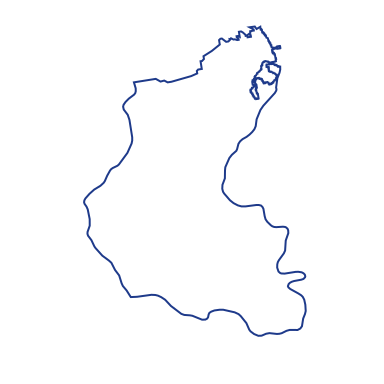 outline of Pepillo Salcedo, Monte Cristi, Dominican Republic, rotated 81°
{"feature_id": "3306468B50273300961313", "entity_name": "Pepillo Salcedo", "entity_type": "district", "adm_level": 2, "iso_a3": "DOM", "parent_name": "Dominican Republic", "parent_adm1": "Monte Cristi", "projection": "equal_earth", "projection_center": [-71.693, 19.654], "detail": "fine", "context": "isolated", "style": "outline", "palette": "blue", "viewbox_px": 384, "rotation_deg": 81, "n_neighbors": 0, "source": "geoboundaries", "source_scale": "gbopen_adm2", "svg_char_len": 5687}
<svg xmlns="http://www.w3.org/2000/svg" viewBox="0 0 384 384"><g transform="rotate(81 192 192)"><path d="M286.2,268.9L286.9,262.7L287.2,248.1L288.0,244.3L289.0,241.9L291.0,238.9L294.2,235.4L301.3,230.6L310.7,221.6L312.2,218.9L313.5,213.3L314.3,211.0L319.7,202.0L320.1,198.7L319.4,196.8L318.2,195.7L315.5,194.7L314.1,193.7L313.2,191.8L312.5,188.4L312.6,183.3L313.2,179.5L317.5,168.7L319.9,165.1L322.3,163.2L330.0,158.8L336.9,157.0L338.8,156.0L342.0,152.9L344.4,149.0L344.8,145.7L343.6,141.0L343.5,137.6L345.5,130.3L345.7,127.9L345.5,125.5L343.9,120.4L343.5,117.0L344.8,109.3L343.8,106.4L341.8,104.4L334.4,102.0L330.2,99.5L327.3,98.3L321.1,97.7L315.9,98.0L312.9,99.0L311.1,100.3L308.8,102.9L303.2,110.1L301.3,111.7L300.0,112.0L298.0,110.9L297.0,109.5L296.3,107.6L295.9,105.2L295.7,97.7L295.3,95.5L293.9,93.7L293.0,93.3L291.2,93.5L289.7,94.6L288.5,96.2L287.4,99.6L287.1,102.3L287.1,113.3L286.4,116.6L285.8,117.6L284.1,119.0L280.0,119.7L276.8,119.1L274.7,118.2L272.9,116.8L267.0,110.9L264.4,109.2L254.6,107.0L247.7,103.3L244.9,103.0L243.2,103.4L241.7,104.6L241.1,105.5L240.5,107.6L239.9,114.2L239.4,116.3L238.4,118.1L237.1,119.4L233.2,122.3L230.5,123.6L227.2,124.0L219.8,124.1L217.9,124.7L216.2,125.9L215.3,128.0L214.9,130.4L214.6,141.2L214.0,145.3L212.4,148.8L209.5,152.7L206.1,155.8L198.5,160.5L196.6,161.3L193.6,161.6L189.7,160.8L183.7,157.4L175.7,156.0L172.7,155.2L164.3,149.8L161.5,146.8L158.3,141.8L156.8,140.8L151.7,138.6L149.5,136.6L147.7,133.8L146.1,129.5L144.3,126.2L142.2,123.2L139.8,120.6L137.0,118.8L130.3,116.8L121.7,111.6L117.9,108.0L107.2,94.7L105.0,92.9L103.7,92.5L102.0,92.6L93.0,89.9L87.9,86.9L84.9,85.7L82.1,85.3L82.1,86.0L81.7,86.0L81.7,87.0L81.3,87.0L81.4,87.6L80.9,87.6L80.5,88.6L79.8,88.6L79.8,89.7L79.4,89.7L79.4,90.3L79.0,90.2L78.6,91.3L78.2,91.3L78.1,93.4L77.8,93.4L77.8,96.1L78.1,96.1L77.8,98.2L78.1,98.2L78.3,98.7L80.1,98.8L80.1,98.2L80.5,98.0L80.5,97.2L80.9,97.2L80.9,96.6L82.5,96.8L82.5,97.2L84.5,97.2L84.5,96.8L85.3,96.6L85.3,95.6L85.7,95.5L85.7,94.5L86.5,94.0L86.9,92.9L87.3,93.0L87.3,92.4L88.1,91.8L88.1,91.3L89.3,90.8L89.3,90.2L90.1,90.2L90.1,89.7L91.3,89.7L91.3,90.2L92.0,90.2L92.1,90.8L92.8,90.7L92.9,91.3L93.7,91.3L93.7,91.8L94.4,92.4L94.4,92.9L94.8,92.9L94.8,93.4L95.6,94.0L95.7,94.5L96.4,94.5L96.4,95.0L96.8,95.0L96.8,96.1L97.2,96.1L97.2,96.6L97.6,96.6L97.6,97.2L97.9,97.2L98.0,98.7L97.3,98.7L97.2,99.3L96.0,99.3L95.6,100.4L95.2,100.4L95.2,102.0L95.6,102.0L95.6,103.0L96.0,103.0L96.0,103.6L95.6,103.6L95.7,104.1L94.8,104.1L94.8,104.6L93.3,104.6L93.3,105.2L91.7,105.2L91.7,105.7L91.3,105.7L91.3,106.2L90.9,106.2L90.9,107.3L90.5,107.3L90.5,107.8L90.1,107.8L90.1,108.4L89.7,108.4L89.7,110.5L90.0,110.5L90.1,111.1L90.9,111.0L91.3,112.1L92.1,112.1L92.1,112.6L92.8,112.6L92.9,113.1L93.7,113.1L93.7,112.6L95.2,112.6L95.2,112.1L96.4,112.1L96.4,111.6L98.8,111.6L98.8,112.1L99.6,112.1L99.6,112.6L100.8,112.6L100.8,113.1L101.6,113.1L101.6,112.6L104.4,112.6L104.4,112.1L105.6,112.1L105.6,111.6L109.9,111.6L109.9,112.1L110.3,112.1L110.3,114.1L109.6,114.1L109.6,115.3L108.4,115.3L108.3,115.8L107.2,115.9L107.2,116.4L106.0,116.4L106.0,116.9L104.4,116.8L104.4,117.4L103.2,117.5L103.2,118.0L102.4,118.0L102.4,118.5L100.8,118.5L100.8,118.0L100.0,118.0L100.0,117.4L99.2,116.9L99.2,116.4L98.4,116.4L98.4,115.3L97.7,114.8L97.6,114.2L97.2,114.2L97.2,113.7L96.8,113.7L96.8,114.2L96.0,114.2L95.6,115.3L92.9,115.3L92.9,114.8L91.3,114.8L91.3,114.2L90.9,114.2L90.5,113.3L89.7,113.1L89.3,112.1L88.1,112.1L88.1,111.6L87.3,111.6L86.9,110.5L85.3,109.4L85.3,108.9L84.5,108.9L83.7,106.8L83.4,106.8L83.3,106.2L82.5,105.7L82.1,104.6L81.3,104.6L81.3,104.1L78.6,104.1L78.5,103.6L78.2,103.6L78.0,103.0L77.4,103.0L77.4,102.6L75.8,102.5L75.3,101.5L75.0,101.4L75.0,100.9L74.6,100.9L74.5,99.8L74.2,99.8L74.2,98.8L74.5,98.7L75.0,96.6L75.4,96.6L75.8,95.6L76.2,95.6L76.2,95.0L76.5,95.0L76.5,92.4L76.2,92.4L76.2,89.2L75.8,89.1L75.8,88.6L73.8,88.6L73.8,88.1L73.0,88.1L73.0,88.6L69.0,88.6L69.0,89.2L67.8,89.2L67.8,89.7L67.4,89.7L67.5,90.3L66.6,90.2L66.6,90.8L64.3,90.8L64.2,90.2L63.9,90.2L63.9,89.7L63.5,89.7L63.5,88.6L63.1,88.6L63.0,86.4L63.5,86.4L63.5,85.4L63.9,85.3L63.9,82.8L63.5,82.8L63.5,82.2L61.9,82.2L61.9,82.8L61.5,82.8L61.5,84.9L61.8,84.9L61.9,86.0L62.7,86.5L62.7,88.6L62.3,88.6L62.3,89.7L61.9,89.7L61.5,90.8L59.5,90.7L59.5,91.3L57.5,91.3L57.5,91.8L56.3,91.8L56.3,92.4L54.7,92.4L54.7,92.9L52.0,93.0L51.1,94.4L49.2,94.5L49.2,95.0L48.4,95.0L48.4,95.6L47.2,95.6L47.2,96.1L46.4,96.1L46.4,96.6L45.6,96.6L45.6,97.2L45.2,97.2L45.2,97.7L42.8,97.6L42.8,98.2L42.0,98.2L42.0,98.8L39.5,98.7L41.1,102.7L38.4,104.1L38.3,109.4L41.1,105.7L42.2,105.7L42.3,109.4L44.0,109.5L45.1,111.6L46.2,109.5L47.9,109.5L47.9,112.9L46.2,112.9L46.2,114.6L45.1,114.6L42.3,116.9L41.1,118.4L41.1,120.6L46.2,120.6L45.1,122.1L45.1,123.6L46.2,123.6L47.9,122.1L49.0,122.1L49.0,123.6L47.9,125.8L47.9,127.2L46.3,129.4L47.1,130.1L46.8,131.0L47.9,131.0L49.0,132.5L49.0,134.8L45.1,138.5L45.1,140.0L46.2,141.5L50.7,141.5L55.8,150.4L59.7,159.4L62.5,159.4L64.2,161.6L64.2,163.1L72.0,163.1L72.0,166.8L73.2,168.3L75.7,168.3L77.4,174.7L79.9,195.1L79.9,198.9L77.6,202.0L78.0,205.8L74.6,210.1L74.6,232.2L80.8,231.4L83.7,231.8L85.5,232.6L86.8,234.0L89.9,239.8L92.7,243.6L95.1,245.9L97.0,246.7L99.9,246.5L105.7,243.4L111.0,242.5L128.6,242.5L131.8,243.0L134.7,244.1L143.3,249.7L153.4,259.9L154.4,261.5L155.9,266.5L156.8,268.3L158.0,269.6L162.6,273.2L167.6,276.4L169.1,277.8L171.5,281.4L174.3,288.2L177.8,293.6L181.7,298.3L183.4,299.6L185.2,300.2L186.8,300.0L189.9,298.5L192.9,297.7L202.8,297.3L209.3,298.3L215.1,301.4L217.0,301.8L218.9,301.5L223.8,298.9L230.6,296.9L232.4,296.0L240.9,290.5L246.7,284.8L249.3,282.7L257.0,280.2L263.0,277.0L271.1,275.8L274.0,275.0L279.0,272.0L286.2,268.9Z" fill="none" stroke="#1e3a8a" stroke-width="2"/></g></svg>